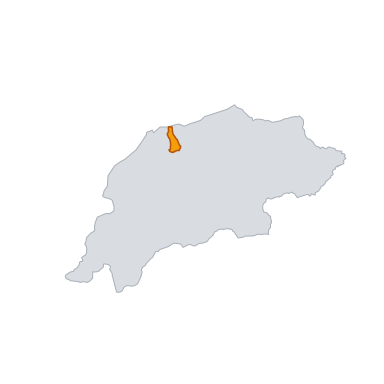 Bayandalai, Ömnögovi, Mongolia (highlighted), rotated 151°
{"feature_id": "93677404B14940221514499", "entity_name": "Bayandalai", "entity_type": "district", "adm_level": 2, "iso_a3": "MNG", "parent_name": "Mongolia", "parent_adm1": "Ömnögovi", "projection": "albers", "projection_center": [103.4, 42.947], "detail": "fine", "context": "in_parent", "style": "filled", "palette": "amber", "viewbox_px": 384, "rotation_deg": 151, "n_neighbors": 0, "source": "geoboundaries", "source_scale": "gbopen_adm2", "svg_char_len": 4788}
<svg xmlns="http://www.w3.org/2000/svg" viewBox="0 0 384 384"><g transform="rotate(151 192 192)"><path d="M41.4,146.6L42.5,146.8L44.4,145.8L44.9,144.1L45.6,143.3L49.7,143.5L51.4,144.3L51.9,143.3L52.2,143.2L53.0,144.3L54.0,144.0L54.7,143.7L55.5,142.5L56.9,143.0L59.5,141.9L59.8,139.3L60.8,138.8L63.0,138.7L63.4,137.6L63.9,137.3L65.5,137.2L68.4,136.3L69.6,136.4L70.8,135.4L73.3,134.2L77.0,134.0L77.3,133.3L80.9,131.4L84.4,131.7L85.6,129.8L86.1,129.7L88.2,132.4L89.3,132.2L89.8,131.3L91.2,131.5L91.6,133.3L92.4,134.1L102.6,136.0L102.8,136.6L103.0,140.7L104.7,142.8L105.1,143.7L108.0,143.7L109.5,145.4L112.0,145.6L113.2,146.1L115.8,144.9L116.3,145.0L117.0,145.8L118.3,145.3L120.4,146.9L122.2,146.8L123.0,147.4L124.0,147.0L126.5,147.6L128.4,149.9L129.8,149.9L131.5,148.6L132.1,147.6L134.5,147.3L135.9,146.5L136.9,145.6L138.4,142.6L138.9,139.4L137.7,138.8L136.7,137.7L136.2,135.9L136.2,134.7L135.2,132.8L135.4,131.9L136.1,130.4L136.6,127.9L137.5,126.5L139.2,125.8L139.4,124.8L140.5,122.9L143.2,121.9L144.7,119.8L145.6,117.7L146.8,118.9L150.0,120.6L152.7,121.4L154.4,123.1L159.3,123.7L167.3,127.8L168.9,127.6L173.7,129.3L174.1,129.8L174.0,132.7L174.4,133.5L174.5,136.6L175.4,138.1L175.2,140.0L175.6,140.6L176.8,140.9L178.7,142.8L183.1,144.2L184.3,145.4L187.3,146.3L188.9,145.8L191.4,146.1L192.3,145.8L193.9,144.3L194.9,143.9L200.6,142.6L202.1,141.6L203.2,141.4L207.7,142.2L210.8,143.6L215.3,143.3L217.5,144.8L218.4,146.3L220.3,147.6L226.5,147.9L226.8,148.2L226.9,151.4L227.2,152.0L231.5,155.3L233.4,156.2L239.2,155.7L248.2,157.3L250.3,156.4L252.3,157.4L253.0,157.3L258.5,153.8L259.4,153.9L265.3,152.2L268.9,150.3L271.8,150.1L273.9,148.5L274.6,145.9L278.0,142.5L284.1,138.0L288.2,138.0L290.7,139.0L293.5,141.3L295.0,141.8L297.7,141.7L301.2,139.3L303.2,139.4L305.1,140.0L306.5,141.1L302.7,155.6L302.7,156.5L301.3,159.6L301.6,164.2L299.4,166.2L300.1,168.7L300.8,169.6L303.8,171.8L304.7,171.4L305.3,170.2L306.6,169.0L309.3,168.8L311.6,168.0L314.6,168.5L317.6,170.2L320.7,164.8L324.2,163.7L327.5,163.7L330.6,166.4L333.8,167.2L334.9,168.9L336.3,169.4L336.8,170.2L341.1,173.1L342.3,175.3L343.7,176.7L344.0,178.5L343.9,179.4L342.5,180.6L337.3,181.1L333.9,180.0L332.9,181.2L328.9,181.5L326.8,182.6L325.4,183.6L324.6,184.9L324.0,185.2L323.3,185.3L321.9,184.6L320.9,184.8L320.6,185.1L320.4,188.1L317.0,188.6L315.8,188.5L313.2,190.3L312.9,191.5L311.6,193.3L310.7,196.4L311.1,197.6L310.8,198.5L308.5,200.5L306.4,203.2L301.4,204.8L299.1,205.3L297.2,205.0L295.5,205.7L294.5,208.5L291.5,212.1L287.0,215.9L278.1,215.0L276.9,214.6L274.9,212.9L269.8,213.3L268.4,214.8L267.3,216.9L265.8,223.6L268.1,227.0L270.8,229.2L271.9,230.8L272.0,232.2L270.5,233.1L268.4,235.6L263.1,238.3L257.6,246.9L247.0,252.4L240.2,253.2L234.8,253.1L220.4,256.0L211.1,260.5L204.1,264.3L202.6,266.0L201.9,266.3L200.6,265.7L196.8,265.5L196.7,262.4L188.5,264.3L181.8,260.7L172.2,258.5L170.3,257.6L167.1,253.5L165.4,253.0L161.2,252.7L149.8,250.5L144.4,251.8L121.2,247.3L112.6,247.6L112.3,247.2L112.0,244.6L108.4,240.3L107.9,239.3L107.9,237.8L105.4,229.5L103.5,228.1L104.1,224.8L101.0,224.7L97.8,223.1L94.5,220.4L93.1,218.4L90.7,217.8L88.1,214.2L86.7,213.5L79.7,211.3L76.0,211.2L72.3,209.9L67.9,209.1L66.6,208.3L65.3,208.2L62.9,206.4L61.2,206.5L59.7,201.6L60.6,198.8L61.7,197.2L64.1,194.9L64.2,194.0L63.7,191.5L65.5,187.6L65.4,185.0L64.8,182.0L63.4,181.1L61.9,176.8L61.7,173.7L61.1,171.5L59.2,169.9L58.8,167.9L58.2,167.7L57.6,168.2L56.3,168.2L55.2,166.9L54.7,165.5L54.0,165.0L52.6,164.8L51.2,165.2L49.9,164.7L48.9,163.3L46.0,160.9L46.2,159.5L45.9,158.5L45.0,158.1L44.2,157.0L41.4,155.3L41.4,154.6L42.5,153.3L40.6,151.7L40.0,150.3L41.5,148.9L41.2,147.7L41.4,146.6Z" fill="#d9dde1" stroke="#a8b0b8" stroke-width="1"/><path d="M189.7,236.0L188.9,235.8L188.4,235.8L188.2,235.8L187.8,235.9L187.6,235.7L187.1,235.9L186.5,235.9L186.2,235.8L184.5,235.3L183.8,234.9L183.0,234.6L182.9,234.7L182.8,234.8L182.5,234.9L181.8,235.7L181.6,235.7L180.8,236.1L179.7,237.5L180.2,238.9L180.2,239.3L180.0,240.7L180.0,241.1L180.0,241.4L179.8,243.0L179.6,244.2L179.6,244.9L179.6,245.0L179.6,245.3L179.7,245.5L179.8,245.5L179.9,245.8L180.0,245.9L180.0,246.2L180.2,249.0L180.5,251.2L180.2,253.1L179.6,254.7L178.7,256.6L178.5,257.2L178.0,258.2L178.0,258.6L178.4,258.9L178.6,259.0L179.0,259.2L179.3,259.3L179.9,259.7L180.2,259.9L180.9,260.3L181.0,260.3L181.6,259.2L182.0,258.9L182.4,257.9L183.1,256.4L184.3,255.6L184.8,255.1L185.2,255.0L185.8,254.0L186.0,250.6L186.0,250.3L185.8,249.0L186.6,246.4L186.7,246.2L186.8,245.7L187.3,244.8L187.7,243.9L187.8,243.6L187.8,243.3L188.9,242.3L189.6,240.7L189.8,240.5L189.9,240.4L190.0,240.4L190.2,240.2L190.3,240.1L190.4,239.9L190.5,239.9L190.7,240.0L190.8,240.0L190.8,239.9L191.2,240.0L191.7,239.9L191.5,239.5L191.8,238.6L191.2,237.4L190.8,237.0L190.2,236.5L189.7,236.0Z" fill="#f59e0b" stroke="#b45309" stroke-width="1.5"/></g></svg>